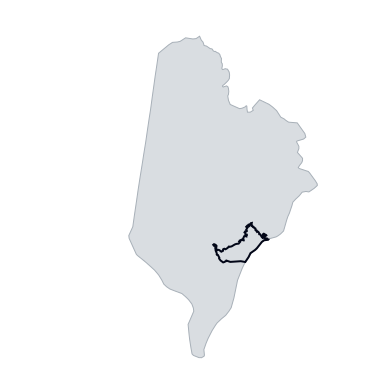 Tell Abiad, Ar Raqqah, Syria shown in context, rotated 130°
{"feature_id": "27442178B34075692761550", "entity_name": "Tell Abiad", "entity_type": "district", "adm_level": 2, "iso_a3": "SYR", "parent_name": "Syria", "parent_adm1": "Ar Raqqah", "projection": "orthographic", "projection_center": [39.333, 36.35], "detail": "medium", "context": "in_parent", "style": "outline", "palette": "ink", "viewbox_px": 384, "rotation_deg": 130, "n_neighbors": 0, "source": "geoboundaries", "source_scale": "gbopen_adm2", "svg_char_len": 3998}
<svg xmlns="http://www.w3.org/2000/svg" viewBox="0 0 384 384"><g transform="rotate(130 192 192)"><path d="M76.8,140.1L79.6,140.5L85.4,144.3L86.4,144.2L88.3,139.5L90.1,138.0L93.9,136.7L95.1,129.0L96.9,127.5L99.0,126.8L102.1,126.7L104.9,126.4L105.1,125.0L101.5,116.0L101.9,113.7L104.1,104.8L105.3,101.3L106.5,100.2L110.8,100.8L116.8,102.5L118.4,105.1L121.3,107.5L125.8,107.4L130.9,108.0L135.0,108.2L138.2,106.7L145.6,103.8L149.2,102.8L152.5,101.5L163.0,96.8L167.2,97.2L170.1,97.9L172.3,98.7L177.2,102.1L181.3,105.5L184.2,106.5L189.3,106.5L196.8,107.2L206.0,107.1L211.3,106.2L218.1,104.5L230.3,100.4L246.2,91.8L255.5,87.6L259.6,87.1L264.8,86.9L270.1,87.9L276.1,88.6L278.8,88.4L285.3,87.5L293.6,85.6L298.8,84.0L305.1,81.6L309.0,77.6L310.2,77.2L311.9,77.9L312.7,78.1L314.4,80.2L316.2,85.7L316.2,86.3L316.0,87.9L312.0,92.7L306.5,99.0L302.6,103.1L295.9,109.9L290.8,111.4L282.2,114.0L280.0,116.4L277.9,120.1L276.7,125.3L276.4,128.5L276.3,134.5L278.5,140.6L280.5,146.5L280.9,150.4L280.7,154.3L278.9,158.5L277.0,164.2L275.9,170.6L275.5,182.7L275.7,192.9L275.5,194.6L272.0,201.9L267.9,210.4L266.0,212.4L256.7,215.0L246.6,221.3L235.2,228.3L224.9,234.7L214.0,241.3L202.6,248.1L194.5,253.0L183.6,259.5L173.6,265.7L163.5,271.9L155.7,276.6L144.0,284.0L137.1,288.3L126.9,294.7L117.9,300.2L107.2,306.8L94.1,304.4L89.9,303.1L86.6,299.7L84.2,297.9L78.0,296.0L74.2,289.7L71.9,287.5L67.8,286.3L69.7,282.5L70.1,279.9L72.0,276.9L70.9,274.7L70.5,270.3L69.8,269.2L69.5,268.1L70.2,266.7L70.0,265.2L69.3,264.6L69.1,262.4L68.5,260.8L68.9,258.8L69.8,257.6L70.9,255.1L72.0,254.4L73.8,252.9L74.3,251.3L75.9,249.8L78.1,248.6L78.6,247.6L78.3,247.0L76.2,245.8L75.1,243.7L76.2,240.7L76.9,239.8L78.2,238.4L81.1,236.3L83.3,236.0L85.2,236.1L88.4,236.4L90.9,236.9L91.6,236.3L91.5,235.6L88.5,233.7L88.3,232.2L89.2,230.7L91.4,228.4L94.0,226.7L95.4,226.4L98.4,222.9L100.4,219.0L97.6,209.2L95.8,207.6L92.9,206.1L91.1,205.9L91.0,205.2L93.4,202.9L95.2,200.8L93.4,198.7L90.1,197.6L88.8,199.7L84.5,199.7L77.9,199.5L75.3,189.1L75.1,184.7L75.3,179.5L77.6,172.1L76.8,168.5L76.8,166.2L76.4,162.9L71.4,155.8L74.7,143.1L76.8,140.1Z" fill="#d9dde1" stroke="#a8b0b8" stroke-width="1"/><path d="M177.3,126.3L178.1,126.9L179.0,126.7L180.2,127.4L180.5,126.3L180.7,126.1L181.6,126.3L181.3,127.6L182.1,128.0L183.8,128.1L184.0,126.9L183.6,126.9L183.6,126.6L186.1,126.2L186.3,125.3L186.8,125.2L186.9,124.9L187.3,125.0L188.0,125.9L189.2,125.8L189.3,124.5L189.6,124.1L191.2,123.3L189.8,122.8L189.5,122.5L189.9,122.1L190.7,122.1L191.1,121.8L191.5,122.7L192.4,123.6L194.8,122.9L195.1,122.1L195.8,121.3L196.0,121.5L196.1,123.0L196.8,123.0L196.9,123.5L197.8,123.9L197.8,123.5L198.6,123.5L198.7,124.1L199.6,124.1L199.6,123.1L201.6,123.1L203.3,124.7L204.7,125.5L208.2,126.7L209.9,128.0L210.0,128.6L211.0,128.6L211.5,128.9L212.2,128.8L214.3,129.5L214.7,130.8L215.8,131.3L216.3,131.1L216.9,130.5L217.3,130.5L217.5,130.9L218.7,131.0L219.0,131.7L218.9,133.2L219.1,134.1L219.6,135.0L220.6,135.3L219.5,137.6L218.7,137.8L217.5,138.6L217.3,140.0L217.8,141.6L218.8,141.8L219.1,140.6L218.7,139.9L218.9,139.0L220.3,137.8L220.5,137.0L221.1,136.9L221.7,136.2L223.1,133.5L223.9,133.0L224.1,132.4L223.6,131.6L224.8,128.8L225.4,128.6L225.7,127.9L226.1,126.1L225.9,122.9L224.5,122.0L223.5,121.9L222.9,121.3L222.4,121.5L220.9,117.7L213.6,110.1L211.4,106.2L205.5,106.8L201.2,107.9L195.9,106.4L193.5,106.1L185.4,106.4L182.6,105.7L179.7,103.0L179.3,103.0L179.7,104.1L179.4,104.7L179.9,105.4L180.4,105.5L180.7,106.9L180.2,107.3L178.8,107.7L178.6,107.4L177.4,107.2L177.3,107.8L177.7,108.7L177.6,109.3L177.8,110.2L178.9,110.5L179.2,110.3L179.3,109.1L179.1,108.8L180.3,108.3L180.5,109.1L181.9,108.4L182.1,108.9L182.4,108.9L181.8,109.1L181.5,109.9L180.6,112.7L181.1,113.4L180.4,114.1L179.9,115.5L180.0,116.2L180.8,116.5L180.6,117.3L180.0,117.5L179.9,117.9L180.3,118.4L180.3,119.1L179.5,119.5L179.2,120.0L179.4,120.5L179.2,121.3L179.5,121.5L179.6,122.4L179.4,122.6L179.6,122.8L179.3,123.3L179.6,124.0L178.9,124.5L179.0,125.4L177.3,126.3Z" fill="none" stroke="#020617" stroke-width="2"/></g></svg>